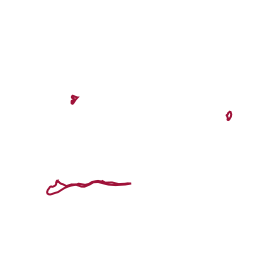 the district of Aulotu, Tuvalu, rotated 66°
{"feature_id": "33948139B63350704470627", "entity_name": "Aulotu", "entity_type": "district", "adm_level": 2, "iso_a3": "TUV", "parent_name": "Tuvalu", "parent_adm1": "", "projection": "natural_earth1", "projection_center": [178.346, -8.002], "detail": "fine", "context": "isolated", "style": "outline", "palette": "rose", "viewbox_px": 256, "rotation_deg": 66, "n_neighbors": 0, "source": "geoboundaries", "source_scale": "gbopen_adm2", "svg_char_len": 2420}
<svg xmlns="http://www.w3.org/2000/svg" viewBox="0 0 256 256"><g transform="rotate(66 128 128)"><path d="M151.6,211.9L150.3,212.7L149.1,213.1L148.6,214.1L147.8,214.0L147.5,213.7L147.3,214.3L147.8,215.1L148.5,215.2L148.9,216.0L149.7,216.2L150.5,217.0L150.8,217.6L151.1,218.9L151.0,219.5L151.1,220.5L150.9,221.2L150.6,221.6L150.1,222.0L150.1,223.0L150.3,223.6L150.6,224.0L150.9,224.5L151.3,225.1L151.6,225.8L151.9,226.3L152.3,226.8L152.9,227.3L153.4,227.8L154.1,228.1L155.2,228.2L156.4,227.3L157.1,226.1L157.4,224.4L157.6,221.3L158.1,218.1L157.5,214.2L157.0,210.5L157.1,206.2L157.4,203.7L158.1,200.7L158.8,198.5L159.6,197.6L160.9,196.1L162.6,194.4L163.9,191.6L164.0,185.8L163.5,181.6L165.2,177.2L168.4,173.2L171.8,168.8L175.1,162.6L178.5,153.5L180.0,147.7L178.4,150.9L177.7,153.5L175.4,159.4L173.1,162.4L171.2,164.8L168.7,171.0L166.0,173.0L166.2,173.9L164.2,176.8L163.5,179.0L162.7,182.9L163.2,186.5L162.5,190.3L158.8,195.8L158.7,197.7L157.6,200.3L156.6,202.5L156.3,205.0L156.0,207.9L152.9,210.4L151.6,211.9ZM155.1,27.8L154.5,28.6L154.8,29.0L155.0,30.1L155.2,30.5L155.5,30.7L155.9,31.1L156.2,31.4L156.3,32.0L156.4,32.6L156.7,32.8L157.1,32.7L157.6,32.6L158.2,32.7L158.5,32.7L158.9,32.6L159.4,32.7L159.7,32.9L160.1,33.1L160.4,33.3L160.5,33.4L160.7,33.6L160.9,33.6L161.1,33.6L161.2,33.4L161.5,33.1L161.5,32.6L161.3,31.9L160.9,31.5L160.5,30.9L160.2,30.5L160.0,30.2L159.7,29.7L159.1,29.1L158.5,28.8L157.7,28.2L156.8,28.0L155.1,27.8ZM76.0,165.5L76.1,165.8L76.2,166.0L76.3,166.1L76.5,166.4L76.6,166.5L76.8,166.7L77.1,166.7L77.3,166.8L77.5,166.7L77.9,166.7L78.0,166.7L78.3,166.5L78.3,166.4L78.4,166.2L78.4,165.9L78.5,165.8L78.5,165.7L78.8,165.5L79.0,165.5L79.3,165.6L79.4,165.8L79.4,166.0L79.5,166.0L79.8,166.1L80.2,166.3L80.4,166.5L80.5,166.6L80.7,166.8L80.9,167.0L81.0,167.1L81.1,167.3L81.0,167.6L81.0,167.8L80.9,167.9L80.7,167.9L80.4,167.8L80.3,168.0L80.3,168.3L80.6,168.5L80.9,168.7L81.1,168.9L81.4,169.0L81.6,169.1L81.9,169.1L82.1,169.2L82.3,169.4L82.5,169.4L82.8,169.3L82.9,169.2L83.1,169.0L83.3,168.8L83.3,168.6L83.0,168.0L83.0,167.9L82.8,167.5L82.3,166.7L82.1,166.4L81.6,165.6L81.1,164.9L80.8,164.4L80.6,164.0L80.5,163.7L80.4,163.6L80.3,163.3L80.1,162.8L80.0,162.6L79.9,162.5L79.9,162.4L79.8,162.2L79.6,161.7L79.5,161.9L79.4,162.0L79.1,162.3L79.0,162.5L78.8,162.6L78.5,163.0L78.2,163.3L77.9,163.6L77.4,164.0L77.1,164.3L76.9,164.6L76.6,164.8L76.4,165.0L76.0,165.5Z" fill="none" stroke="#9f1239" stroke-width="2"/></g></svg>